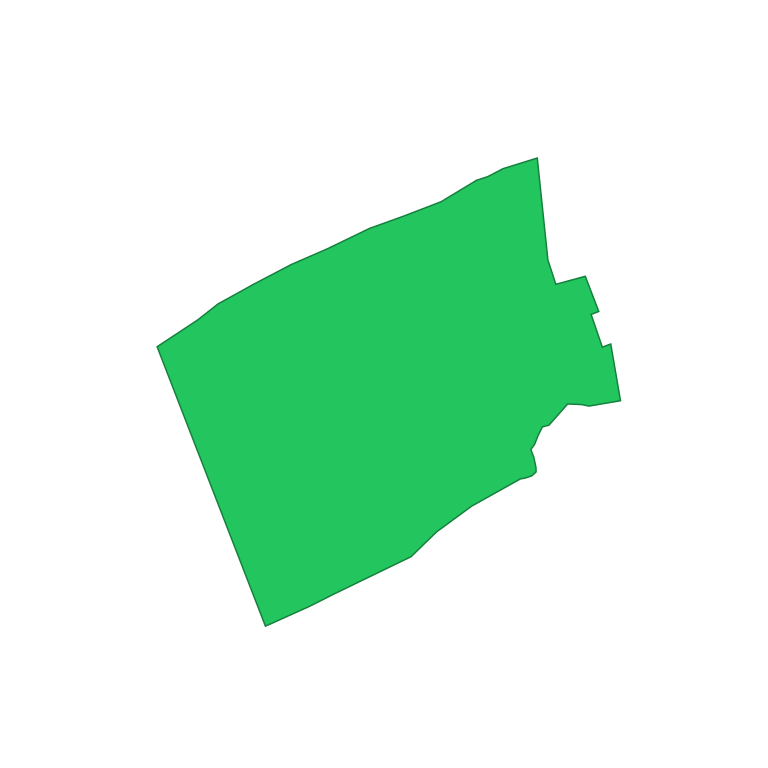 the district of Teava, Tuvalu, rotated 115°
{"feature_id": "33948139B9471758072571", "entity_name": "Teava", "entity_type": "district", "adm_level": 2, "iso_a3": "TUV", "parent_name": "Tuvalu", "parent_adm1": "", "projection": "mercator", "projection_center": [177.337, -6.111], "detail": "fine", "context": "isolated", "style": "filled", "palette": "green", "viewbox_px": 768, "rotation_deg": 115, "n_neighbors": 0, "source": "geoboundaries", "source_scale": "gbopen_adm2", "svg_char_len": 723}
<svg xmlns="http://www.w3.org/2000/svg" viewBox="0 0 768 768"><g transform="rotate(115 384 384)"><path d="M114.4,340.6L138.6,367.2L152.3,377.7L160.2,386.2L194.8,409.4L224.8,438.4L249.0,462.8L285.9,492.9L299.7,505.1L314.7,518.4L348.1,543.9L381.6,568.3L404.6,579.9L446.1,605.4L653.6,389.1L616.7,357.3L596.0,341.0L571.8,321.3L547.6,301.6L529.1,286.5L495.7,273.8L464.0,256.4L457.6,252.9L412.4,220.3L409.8,216.5L404.9,211.3L399.4,209.0L395.4,211.0L387.3,217.1L381.3,223.2L374.9,222.0L365.4,222.6L355.9,222.3L351.6,217.1L324.5,209.1L319.1,196.2L317.4,188.9L299.2,162.6L251.9,195.4L258.3,201.7L233.4,225.7L227.5,220.0L201.3,247.1L221.0,270.4L202.3,287.9L114.4,340.6Z" fill="#22c55e" stroke="#15803d" stroke-width="1.5"/></g></svg>